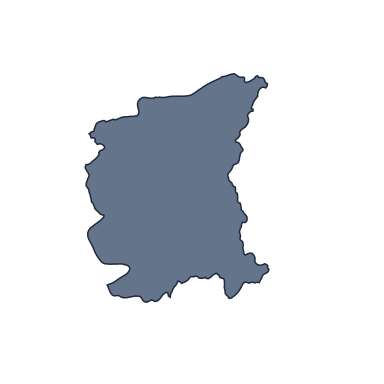 outline of Carmo do Rio Claro, Minas Gerais, Brazil, rotated 232°
{"feature_id": "56859067B34842563425627", "entity_name": "Carmo do Rio Claro", "entity_type": "district", "adm_level": 2, "iso_a3": "BRA", "parent_name": "Brazil", "parent_adm1": "Minas Gerais", "projection": "equal_earth", "projection_center": [-46.114, -20.993], "detail": "fine", "context": "isolated", "style": "filled", "palette": "slate", "viewbox_px": 384, "rotation_deg": 232, "n_neighbors": 0, "source": "geoboundaries", "source_scale": "gbopen_adm2", "svg_char_len": 5163}
<svg xmlns="http://www.w3.org/2000/svg" viewBox="0 0 384 384"><g transform="rotate(232 192 192)"><path d="M264.4,286.7L264.4,284.4L264.7,282.5L265.3,280.5L265.7,278.4L266.3,276.0L266.7,273.9L267.3,271.0L267.6,268.1L268.0,264.9L268.0,262.3L268.3,260.0L268.4,256.9L268.6,253.9L269.0,250.9L269.9,248.8L270.8,247.2L271.8,245.7L272.9,244.0L274.6,242.0L275.7,240.4L277.0,238.8L278.8,236.5L280.4,234.2L281.5,232.3L282.2,230.7L283.3,228.9L284.8,226.7L286.7,224.9L287.8,222.9L289.2,221.6L289.8,219.1L291.3,217.2L292.4,216.1L293.8,214.7L295.4,213.3L296.9,211.2L297.3,208.0L296.6,205.4L295.4,203.7L293.9,202.5L292.3,201.6L290.4,200.9L288.8,200.0L287.5,199.3L286.4,197.9L285.8,196.0L286.8,194.2L287.7,192.2L289.0,190.7L290.2,189.0L291.3,187.0L292.7,185.1L293.9,183.2L294.7,180.6L295.4,177.8L296.4,175.5L297.8,174.9L298.3,173.2L299.0,171.1L299.6,169.3L300.1,167.3L301.9,167.2L303.2,165.7L303.9,163.4L304.7,161.4L304.8,158.9L303.9,157.1L302.7,155.3L301.7,153.7L300.3,152.5L301.3,149.4L301.2,146.7L299.9,147.1L298.5,146.4L296.7,145.8L295.0,148.0L293.1,148.3L291.7,146.6L289.6,146.7L287.8,146.7L286.8,149.2L284.9,150.4L283.2,151.0L281.7,151.0L280.3,150.1L280.3,147.3L281.2,144.8L280.3,142.5L278.5,141.8L278.1,139.7L277.6,137.7L277.5,134.5L277.4,131.4L277.1,129.0L277.8,126.8L278.8,125.3L277.5,123.2L276.0,122.5L274.1,122.2L270.2,121.8L267.9,120.9L267.0,118.8L265.8,117.0L264.8,115.2L263.5,113.5L261.8,112.3L259.8,112.3L257.3,112.1L255.4,110.9L254.0,110.5L252.3,109.9L250.8,109.1L249.1,108.5L247.5,107.6L246.2,106.7L244.4,106.9L242.8,106.7L240.9,106.2L239.1,105.3L237.1,105.3L235.1,105.6L233.3,106.0L231.4,106.0L229.6,106.9L227.9,108.3L226.5,107.0L226.3,104.8L226.0,102.8L226.0,100.7L226.1,97.4L226.2,93.8L226.2,91.0L226.0,88.7L225.2,86.7L224.3,85.1L222.7,83.7L220.6,82.3L218.6,81.7L217.2,81.4L215.8,81.1L214.3,80.9L212.4,80.6L210.6,80.2L209.2,79.9L207.6,79.5L205.5,78.8L203.6,78.4L201.2,77.9L198.8,77.7L196.9,77.6L194.9,77.6L192.9,77.6L191.4,77.9L189.4,78.9L187.6,80.7L186.4,82.1L185.1,83.5L184.1,85.0L183.0,86.5L181.9,87.8L180.7,89.5L179.8,90.9L178.4,92.5L177.0,93.7L175.1,95.1L173.5,96.1L171.7,96.5L169.9,95.9L168.5,93.8L167.8,91.3L167.7,89.4L168.0,87.0L168.4,83.7L168.7,80.4L168.8,76.7L169.2,73.9L169.6,71.9L170.4,69.9L170.9,67.9L168.9,67.4L167.3,66.9L165.4,66.4L162.9,65.8L160.2,65.7L158.4,66.4L157.1,68.2L155.9,70.1L154.3,71.0L153.0,71.4L151.6,72.3L149.9,74.0L148.7,75.9L147.7,78.0L146.3,80.6L145.1,83.0L143.9,84.3L143.0,85.6L141.7,86.7L139.6,87.0L137.2,86.5L134.9,86.9L133.0,88.4L132.5,90.6L132.0,93.2L130.7,94.6L128.8,95.1L127.6,97.1L127.5,100.0L127.9,102.2L128.7,104.4L129.1,107.2L128.9,109.7L127.6,110.9L126.0,110.2L124.5,109.4L122.4,110.1L123.7,111.1L125.0,112.8L125.9,115.0L127.1,116.9L127.9,118.8L128.3,120.9L128.9,123.0L130.4,126.2L128.2,127.5L126.3,127.6L125.9,129.4L125.3,131.9L125.2,135.1L125.9,137.3L126.0,139.2L124.5,140.5L123.3,143.4L121.7,144.4L120.3,144.4L118.8,145.5L117.3,147.6L116.7,149.9L115.2,150.0L113.7,151.4L113.3,154.8L113.7,157.5L113.0,161.1L110.6,161.7L108.9,161.9L107.5,161.3L105.9,162.2L104.3,163.6L102.5,163.1L100.9,162.0L99.5,161.0L98.1,159.7L96.7,158.5L95.1,157.9L93.2,156.8L91.5,155.7L89.5,155.7L88.0,156.0L85.4,155.7L84.2,157.8L84.1,160.1L84.2,162.9L84.6,166.2L85.2,168.3L85.9,170.3L86.9,172.6L87.7,174.2L88.5,176.1L88.4,178.5L86.9,179.7L85.3,180.6L84.5,182.5L83.7,184.3L81.9,185.2L81.0,187.5L79.2,189.2L80.8,192.3L81.7,194.5L82.9,196.6L82.8,198.9L82.2,201.1L82.5,203.2L83.7,204.9L86.0,205.0L87.4,206.4L88.9,206.0L90.7,205.2L91.2,202.8L92.3,200.5L94.8,198.7L97.1,198.5L98.9,198.9L100.5,200.5L102.4,201.5L104.1,201.8L106.6,201.6L108.2,200.1L109.0,198.2L109.3,195.5L110.9,194.8L112.5,195.5L114.3,196.6L115.7,197.1L117.3,198.2L118.5,199.6L119.7,200.3L121.2,201.2L122.7,201.1L124.3,200.6L126.0,201.2L127.3,203.1L129.4,204.0L131.1,204.7L132.3,205.9L133.3,207.4L134.3,209.6L136.0,211.0L137.0,213.1L135.1,215.3L135.7,217.8L137.4,219.2L138.7,220.0L140.8,220.1L143.4,219.9L145.7,220.2L147.6,219.8L149.4,221.0L151.6,222.3L153.5,223.1L155.1,222.1L157.2,222.4L158.8,224.0L161.1,225.7L163.1,226.8L164.6,226.1L165.9,226.9L167.3,227.9L169.2,229.1L171.1,228.2L173.0,228.4L174.6,229.0L176.5,228.6L178.5,228.4L180.0,229.1L181.5,229.6L183.1,230.3L184.3,232.2L184.9,234.9L185.5,237.3L186.5,239.0L187.9,241.3L187.0,243.8L186.8,246.5L188.1,249.0L189.5,250.3L190.8,251.8L192.4,253.5L193.0,255.7L193.5,257.8L194.9,258.7L197.0,258.4L199.2,259.1L201.4,259.2L203.0,258.6L204.4,257.2L206.2,257.8L206.2,261.4L207.0,264.3L208.0,265.6L209.5,266.1L210.4,267.8L210.7,269.9L210.6,271.8L210.4,274.2L211.3,277.1L212.5,279.4L214.2,281.1L215.7,282.0L217.5,282.4L218.7,283.7L219.2,285.9L219.3,287.8L218.2,289.9L219.5,291.1L221.1,290.0L222.4,291.3L223.2,292.9L224.4,294.9L225.4,296.9L226.3,299.7L226.9,302.6L228.8,304.1L230.6,306.4L231.6,309.2L231.3,311.8L230.1,313.3L228.6,314.1L229.0,315.9L230.7,318.1L233.1,317.3L234.7,317.8L236.4,318.3L238.4,318.1L240.0,316.5L241.3,315.0L243.3,315.2L243.7,313.2L243.1,311.0L243.3,308.4L243.8,305.0L245.0,302.0L246.7,301.2L248.1,302.3L249.3,303.6L250.8,303.3L252.0,301.5L253.5,300.1L255.3,299.2L257.7,298.7L259.2,298.0L260.2,296.4L261.1,294.3L262.0,291.6L262.8,289.3L264.4,286.7Z" fill="#64748b" stroke="#1e293b" stroke-width="1.5"/></g></svg>